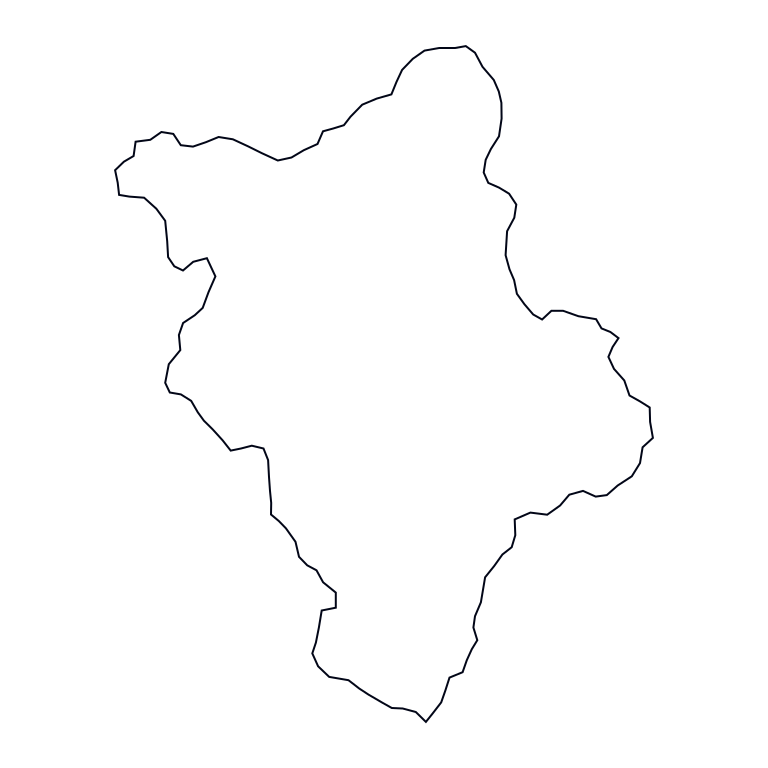 the district of Crucilândia, Minas Gerais, Brazil
{"feature_id": "56859067B69877732933738", "entity_name": "Crucilândia", "entity_type": "district", "adm_level": 2, "iso_a3": "BRA", "parent_name": "Brazil", "parent_adm1": "Minas Gerais", "projection": "natural_earth1", "projection_center": [-44.362, -20.409], "detail": "fine", "context": "isolated", "style": "outline", "palette": "ink", "viewbox_px": 768, "rotation_deg": 0, "n_neighbors": 0, "source": "geoboundaries", "source_scale": "gbopen_adm2", "svg_char_len": 2033}
<svg xmlns="http://www.w3.org/2000/svg" viewBox="0 0 768 768"><path d="M493.8,80.0L482.5,66.8L475.0,52.7L465.8,46.1L455.1,48.0L439.2,48.0L424.5,50.6L412.8,58.8L402.1,69.9L396.5,81.9L391.4,94.4L376.7,98.6L362.2,104.7L350.5,116.7L343.9,125.2L333.2,128.5L323.0,131.3L317.5,144.0L303.8,150.2L291.5,157.5L277.8,160.5L261.9,153.2L248.2,146.4L232.9,139.3L218.6,137.0L205.9,142.2L193.0,146.6L180.8,145.2L173.3,133.9L161.4,132.0L150.3,139.8L135.6,141.7L133.6,156.0L123.9,161.7L115.1,170.2L117.7,182.7L119.1,194.9L129.4,196.6L144.1,197.7L156.4,208.8L165.2,220.8L167.2,241.3L168.1,257.1L174.3,266.3L183.0,270.5L193.2,261.8L206.9,258.2L215.4,276.4L208.5,292.2L202.7,307.9L194.8,315.2L183.1,323.0L178.9,335.0L180.3,350.1L168.8,364.2L165.2,382.8L169.8,392.5L180.9,394.4L191.2,400.9L197.8,412.3L203.9,420.7L212.5,429.2L222.6,440.3L230.7,450.6L241.0,448.5L251.8,445.7L263.5,448.5L268.1,460.1L269.0,477.0L270.0,490.9L271.2,502.9L271.0,514.5L278.8,521.0L285.9,528.3L295.5,541.8L299.0,556.8L307.2,565.3L316.5,570.3L323.1,582.3L335.8,592.6L335.8,607.7L321.7,610.5L318.9,627.5L315.9,642.6L312.3,653.4L318.1,666.3L329.2,676.9L348.5,680.2L359.2,688.5L368.5,694.6L382.2,702.6L391.8,708.0L402.7,708.5L415.8,712.0L425.9,721.9L432.7,713.4L441.2,702.4L445.4,690.4L449.5,677.6L462.6,672.2L466.8,660.2L471.8,649.2L477.3,640.2L473.4,627.5L475.0,616.2L480.9,602.3L485.1,577.3L494.2,566.0L502.4,554.5L511.7,547.2L515.3,535.2L514.7,519.4L530.4,512.6L547.2,514.7L560.1,505.5L569.3,494.7L583.0,490.9L595.7,496.6L606.8,495.1L617.7,485.5L631.8,476.3L640.0,463.1L642.6,447.3L652.9,437.9L650.1,421.9L649.7,407.5L640.0,401.4L629.5,395.5L624.3,380.5L614.0,368.9L608.4,356.9L612.6,347.0L618.5,338.1L610.4,332.0L601.5,328.4L596.1,319.2L578.4,316.2L563.1,310.8L551.4,310.8L542.1,319.5L533.2,314.5L524.4,304.2L516.9,293.8L514.1,280.1L509.5,269.3L505.6,255.2L507.1,231.2L514.3,217.7L516.3,204.6L509.1,193.7L499.0,187.6L488.3,182.9L483.7,172.5L485.7,159.8L490.9,149.0L499.0,136.3L501.6,118.6L501.4,102.8L498.8,91.5L493.8,80.0Z" fill="none" stroke="#020617" stroke-width="2"/></svg>